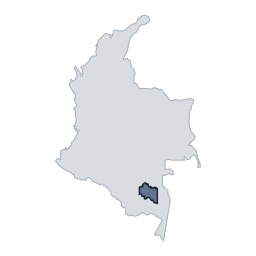 Mirití-paraná (Campoamor), Amazonas, Colombia (highlighted)
{"feature_id": "7082276B32823628766031", "entity_name": "Mirití-paraná (Campoamor)", "entity_type": "district", "adm_level": 2, "iso_a3": "COL", "parent_name": "Colombia", "parent_adm1": "Amazonas", "projection": "robinson", "projection_center": [-71.095, -0.731], "detail": "fine", "context": "in_parent", "style": "filled", "palette": "slate", "viewbox_px": 256, "rotation_deg": 0, "n_neighbors": 0, "source": "geoboundaries", "source_scale": "gbopen_adm2", "svg_char_len": 6427}
<svg xmlns="http://www.w3.org/2000/svg" viewBox="0 0 256 256"><path d="M147.5,23.1L144.9,24.3L139.9,25.7L136.5,32.1L134.1,33.2L131.2,36.9L129.1,41.6L127.4,51.1L123.1,59.1L123.5,59.5L125.2,59.1L126.8,58.2L127.4,58.5L128.0,59.9L129.9,60.3L131.5,66.8L134.4,70.1L134.7,71.4L135.1,74.1L134.1,75.7L133.8,81.7L134.7,83.2L136.9,83.8L138.4,87.5L139.3,88.3L140.6,88.9L143.9,88.3L149.7,89.0L151.1,88.9L154.4,87.6L158.6,89.2L161.6,89.4L170.0,100.6L170.8,100.3L171.9,100.9L174.0,99.8L175.8,99.6L178.2,100.2L181.4,100.2L187.7,99.0L188.7,98.4L192.2,99.0L193.2,99.9L193.7,102.0L193.3,103.2L192.1,104.6L191.4,106.2L191.3,108.3L190.7,109.8L189.6,110.7L189.1,112.2L189.4,114.0L188.8,122.5L189.3,123.2L189.6,126.6L191.1,131.2L191.8,132.5L193.0,133.5L195.3,137.2L194.8,138.5L189.0,144.3L188.7,145.6L189.9,145.1L191.6,145.6L192.2,147.0L196.5,151.1L196.4,152.6L197.6,155.7L197.4,156.4L200.4,165.0L200.5,166.9L198.0,167.4L197.9,161.6L197.6,160.4L194.8,155.2L194.2,154.8L192.4,155.4L189.3,159.2L187.8,159.8L186.7,159.2L185.5,157.0L184.8,156.5L184.0,158.4L185.0,160.1L171.3,160.1L168.7,159.4L165.0,160.3L165.0,169.1L171.4,169.2L173.2,171.7L173.0,173.8L173.3,174.5L171.8,174.9L169.5,173.5L165.5,175.2L162.6,175.6L162.4,185.3L164.1,187.7L167.6,190.3L168.1,192.0L167.8,193.7L168.7,195.8L169.8,196.9L169.8,198.1L170.4,199.5L163.6,240.6L161.2,238.1L160.3,235.9L159.2,234.9L156.9,235.6L154.4,234.5L162.3,220.6L162.1,219.3L155.5,215.9L154.8,215.0L151.7,213.2L149.9,213.7L148.9,214.7L146.5,214.9L144.6,213.5L142.3,212.5L139.5,214.8L138.7,214.8L136.7,215.8L134.6,216.2L131.9,215.2L129.7,215.9L128.1,215.7L127.5,215.0L125.6,214.2L125.4,213.2L125.9,211.5L125.1,208.1L124.7,207.6L123.2,207.5L121.5,206.3L121.1,205.5L121.5,204.2L121.2,203.0L119.5,200.3L117.1,199.6L114.8,197.3L112.5,196.5L111.5,194.9L110.5,191.2L108.1,188.4L106.4,187.4L105.9,186.1L104.2,185.9L101.9,184.1L100.8,184.0L100.1,184.8L98.0,183.9L96.2,182.5L94.2,182.2L93.0,181.3L90.8,178.7L88.4,177.5L87.0,177.9L86.5,179.9L85.7,180.2L82.9,179.7L82.4,180.1L81.7,180.0L78.3,178.6L74.9,178.1L74.1,174.8L71.9,173.6L71.3,172.1L69.8,172.2L64.0,169.3L61.6,167.2L59.6,166.0L57.5,163.7L57.1,162.8L55.5,161.4L56.3,159.7L58.3,158.4L60.9,159.4L61.2,157.4L60.3,155.6L60.7,151.5L61.4,150.6L62.8,149.8L63.7,150.1L64.2,149.5L66.3,149.8L67.0,149.5L68.6,147.9L69.3,146.5L70.0,146.7L71.7,144.5L71.4,142.3L73.0,141.8L74.7,138.2L75.5,138.1L75.8,136.4L78.8,130.5L77.7,131.2L76.6,130.8L76.8,128.8L76.4,128.5L75.4,130.1L74.6,128.5L74.9,126.0L73.5,126.5L73.6,125.9L75.5,123.9L76.3,119.6L75.7,118.0L75.3,111.4L75.0,110.2L73.4,108.6L75.9,106.7L76.8,105.3L75.7,102.4L74.2,99.9L74.2,98.4L75.1,98.6L75.4,94.5L74.6,93.0L73.6,92.9L70.3,86.9L69.1,85.7L70.0,82.8L71.0,81.5L70.8,79.3L71.5,79.4L72.9,81.4L73.5,81.1L75.7,79.2L75.8,77.5L77.5,75.6L75.1,69.5L74.2,68.5L75.2,66.6L75.8,66.7L76.8,68.6L78.3,69.9L80.6,73.3L81.6,74.0L80.9,74.8L80.8,75.6L81.1,76.1L82.4,76.2L82.9,75.2L82.6,71.1L82.1,69.0L80.8,67.5L81.2,66.9L83.6,65.9L88.5,61.9L90.2,58.2L91.5,56.8L93.0,55.9L94.7,56.1L96.1,55.7L96.5,54.5L95.6,51.9L96.7,48.3L96.7,46.5L97.3,45.5L97.1,45.0L95.3,46.3L97.2,43.8L98.5,40.0L105.6,33.2L110.3,34.9L111.7,34.8L109.8,35.6L109.5,36.6L110.2,37.6L110.9,37.9L111.5,37.2L113.1,33.3L113.3,31.1L114.0,30.4L115.0,30.1L119.5,31.0L123.8,30.7L130.8,25.1L136.1,22.7L137.5,20.4L137.8,18.7L138.8,18.0L139.8,18.0L140.4,17.0L142.8,15.5L145.4,15.4L148.2,16.7L149.4,19.0L149.6,20.6L147.5,23.1ZM66.4,149.0L66.1,149.3L65.5,148.8L65.3,148.1L65.6,147.6L66.1,147.8L66.4,149.0Z" fill="#d9dde1" stroke="#a8b0b8" stroke-width="1"/><path d="M157.3,203.4L157.3,188.6L157.1,188.4L157.0,188.2L156.9,188.2L156.9,188.3L156.9,188.5L156.8,188.4L156.7,188.3L156.4,188.7L156.2,188.7L156.1,188.4L156.0,188.1L155.9,188.0L155.7,187.8L155.7,187.7L155.4,187.9L155.3,188.0L155.2,188.2L155.0,187.9L154.9,187.7L154.7,187.6L154.6,187.4L154.4,187.3L154.1,187.3L153.9,187.6L154.1,187.7L154.2,187.8L153.9,188.0L153.6,188.1L153.6,188.3L153.4,188.3L153.3,188.1L153.2,188.0L153.1,187.9L153.0,188.0L152.9,188.0L152.7,188.2L152.4,188.1L152.3,187.9L152.4,187.7L152.3,187.8L152.2,187.8L151.9,187.7L151.9,187.8L151.9,187.7L151.7,187.6L151.6,187.4L151.6,187.5L151.5,187.4L151.5,187.5L151.4,187.4L151.2,187.3L151.0,187.5L150.9,187.5L150.7,187.5L150.6,187.4L150.6,187.5L150.6,187.4L150.5,187.5L150.5,187.4L150.5,187.5L150.4,187.4L150.4,187.5L150.4,187.4L150.3,187.5L150.2,187.4L150.1,187.2L149.9,187.0L149.9,186.9L149.7,186.9L149.4,186.8L149.2,186.8L149.2,186.7L148.9,186.6L148.9,186.4L148.7,186.3L148.6,186.2L148.4,185.9L148.3,185.7L148.2,185.7L148.2,185.4L148.2,185.2L148.0,184.9L147.9,184.9L148.0,184.7L147.9,184.6L147.9,184.4L148.0,184.4L148.0,184.2L147.9,184.0L147.8,183.9L147.7,183.9L147.5,184.0L147.4,184.0L147.2,184.1L146.9,184.1L146.6,184.0L146.5,183.8L146.4,183.7L146.3,183.8L146.2,183.7L146.0,183.4L145.9,183.3L145.9,183.5L145.7,183.5L145.3,183.4L145.1,183.3L144.7,183.1L144.4,183.2L144.3,183.3L144.3,183.5L143.8,183.9L143.5,183.9L143.3,184.2L143.1,184.3L142.9,184.3L142.9,184.6L142.9,184.8L142.7,184.9L142.7,185.0L142.6,185.3L142.5,185.5L142.6,185.9L142.7,186.0L142.8,186.3L142.8,186.6L142.7,186.6L142.4,186.8L142.1,186.8L142.0,187.0L141.9,187.0L141.7,187.0L141.6,186.9L141.6,187.0L141.4,187.1L141.2,187.1L140.9,187.1L140.5,187.1L140.4,187.1L140.2,187.0L139.9,187.0L139.7,187.0L139.4,187.1L139.4,194.0L139.6,193.8L140.0,193.6L140.3,193.6L140.5,193.7L140.6,193.8L140.7,194.1L140.8,194.2L141.0,194.3L141.2,194.5L141.6,194.7L141.7,194.8L141.8,195.0L141.7,195.5L141.7,195.8L141.8,195.9L142.0,195.9L142.0,196.1L142.1,196.3L142.4,196.5L142.5,196.5L142.8,196.4L143.1,196.4L143.3,196.4L143.6,196.2L144.0,196.1L144.3,196.1L144.6,196.1L144.8,196.2L144.9,196.3L144.8,196.7L144.8,196.9L144.6,197.1L144.5,197.5L144.4,197.7L144.3,198.0L144.4,198.4L144.6,198.6L144.9,198.9L145.1,199.0L145.4,198.9L145.6,199.0L145.9,198.8L146.3,198.6L146.6,198.4L146.6,198.2L147.0,197.8L147.1,197.6L147.7,197.5L148.4,197.4L148.7,197.5L149.1,197.6L149.3,197.8L149.5,197.9L149.7,198.1L149.9,198.2L150.2,198.3L150.3,198.4L150.4,198.6L150.4,198.9L150.7,199.3L150.8,199.4L150.9,199.7L151.1,199.9L151.2,200.2L151.3,200.3L151.6,200.4L151.7,200.5L152.0,200.5L152.2,200.4L152.3,200.3L152.7,200.4L152.9,200.5L153.2,200.7L153.2,200.8L153.4,201.1L153.5,201.6L153.7,201.8L153.9,202.2L154.0,202.3L154.3,202.5L154.5,202.7L154.7,202.8L154.9,202.9L155.2,203.0L155.6,203.0L155.6,202.9L155.8,202.7L156.1,202.6L156.4,202.7L156.5,202.8L156.7,203.3L156.8,203.4L157.1,203.4L157.3,203.4Z" fill="#64748b" stroke="#1e293b" stroke-width="1.5"/></svg>